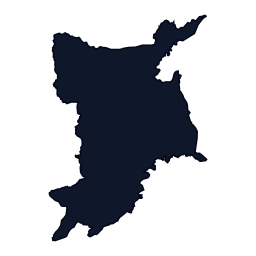 the district of Phunphin, Surat Thani, Thailand
{"feature_id": "78962969B67039244737250", "entity_name": "Phunphin", "entity_type": "district", "adm_level": 2, "iso_a3": "THA", "parent_name": "Thailand", "parent_adm1": "Surat Thani", "projection": "mercator", "projection_center": [99.13, 9.024], "detail": "fine", "context": "isolated", "style": "filled", "palette": "ink", "viewbox_px": 256, "rotation_deg": 0, "n_neighbors": 0, "source": "geoboundaries", "source_scale": "gbopen_adm2", "svg_char_len": 5696}
<svg xmlns="http://www.w3.org/2000/svg" viewBox="0 0 256 256"><path d="M205.7,160.6L206.6,159.3L201.0,154.3L199.9,154.3L199.7,153.3L197.4,153.4L195.0,152.2L197.0,138.5L197.2,131.3L195.4,127.8L192.8,124.7L191.6,124.2L191.4,122.3L190.6,122.2L188.5,115.5L188.5,114.6L189.9,112.7L187.7,110.1L187.3,105.1L186.7,102.7L183.5,97.7L183.2,96.2L181.0,92.2L179.5,90.5L179.5,88.1L178.8,83.7L179.6,82.5L179.1,79.2L179.3,78.3L180.0,78.2L180.0,76.8L180.9,76.3L180.9,75.3L179.4,75.1L178.2,73.7L178.2,71.1L176.6,71.3L175.3,72.1L174.2,73.7L172.9,79.0L171.6,81.2L169.7,82.0L165.8,81.9L162.9,82.7L162.1,82.5L160.2,80.3L159.3,79.9L156.8,80.5L156.4,79.4L154.9,78.3L154.3,77.1L154.8,76.1L157.4,74.1L159.9,70.3L159.2,69.4L156.8,69.1L155.7,67.8L155.6,66.5L158.8,64.0L159.2,61.4L161.3,59.8L161.4,57.7L162.8,57.1L163.7,56.0L165.1,55.9L165.3,54.9L164.7,53.3L167.7,52.9L167.5,55.2L168.1,55.6L168.8,55.3L169.6,54.0L168.6,50.9L169.1,50.4L171.3,50.7L171.5,50.3L170.4,48.0L172.2,46.1L172.6,44.0L176.2,44.9L176.6,44.5L176.6,42.0L177.9,40.8L179.5,40.1L182.8,40.7L194.4,33.5L198.0,24.8L202.5,18.9L203.8,17.7L206.0,16.5L205.6,15.6L204.9,15.4L203.4,15.7L201.9,17.4L201.7,16.4L199.4,16.8L196.2,20.5L195.4,20.9L193.5,19.9L192.1,19.9L190.9,22.7L189.4,23.2L187.9,22.6L183.2,27.8L181.6,27.5L180.8,28.4L180.2,28.0L179.1,29.2L178.4,29.4L176.0,28.4L174.9,24.9L173.6,24.9L173.9,24.0L173.7,21.8L172.7,23.3L171.7,22.9L169.2,23.9L169.3,22.6L168.2,21.2L166.5,20.3L164.7,20.9L163.2,22.7L162.1,23.0L162.2,23.5L161.2,23.5L161.2,24.2L160.3,25.1L160.2,26.4L159.6,26.8L159.2,26.6L159.4,27.6L157.2,30.5L155.5,34.4L154.5,34.0L153.9,34.6L153.5,37.6L154.1,37.7L154.1,38.5L156.0,38.8L155.2,42.7L154.4,44.5L151.5,45.2L142.4,45.2L135.5,47.2L128.6,47.5L122.9,48.5L122.1,49.1L121.4,49.0L119.8,49.5L111.0,49.5L106.1,47.8L102.3,47.4L100.7,46.7L99.2,47.3L97.9,48.6L95.9,48.7L94.4,48.1L93.8,46.8L92.9,46.7L91.7,47.2L89.3,46.9L89.0,46.2L88.6,46.3L88.6,45.9L87.4,44.7L86.6,42.5L85.9,42.9L85.6,42.4L84.0,42.7L82.7,42.2L82.1,41.3L81.4,41.2L80.3,38.7L79.5,38.4L78.9,37.4L77.7,37.9L76.1,37.8L73.3,37.0L72.1,36.1L69.9,36.4L68.8,34.6L65.0,32.9L62.1,34.7L59.1,33.3L54.5,34.9L53.9,36.1L54.3,37.4L54.3,39.9L53.3,40.7L54.3,43.0L55.3,44.2L53.7,45.7L53.9,46.5L52.6,47.8L53.0,49.7L52.5,50.4L53.6,53.4L53.3,57.0L54.1,57.8L54.3,60.2L54.9,60.3L55.1,61.4L54.9,65.1L55.5,67.1L55.0,68.1L54.9,70.4L55.8,72.3L56.9,73.4L58.1,76.1L57.5,76.8L57.8,77.4L57.4,79.2L56.7,80.0L55.9,80.2L55.0,82.7L54.0,83.1L54.2,84.0L53.7,84.4L54.2,84.7L53.8,85.4L54.1,86.5L55.4,86.8L56.1,88.2L56.3,87.9L57.3,88.6L57.1,94.3L57.8,95.4L57.6,95.8L59.0,96.2L60.9,98.6L60.8,99.2L61.5,99.3L62.3,100.3L62.5,101.8L63.8,102.4L64.4,101.9L64.5,102.3L65.5,102.2L66.7,103.6L71.6,102.0L76.9,102.1L78.6,102.9L77.6,104.0L77.1,106.7L77.7,113.1L78.9,114.1L80.4,114.2L81.1,115.4L79.8,116.8L79.4,118.9L77.8,121.1L78.0,122.1L79.1,123.0L79.1,124.5L75.3,127.0L76.0,128.1L75.7,129.5L76.2,129.7L75.8,130.4L75.8,131.0L76.2,131.2L75.8,132.2L76.2,132.7L75.6,133.7L77.8,136.2L80.0,136.9L79.9,137.3L81.3,138.2L82.4,141.5L82.1,143.0L82.5,144.0L82.1,144.8L82.3,145.6L80.9,147.3L81.4,148.0L80.9,148.3L81.2,150.1L80.0,151.7L80.5,152.8L80.4,154.8L79.1,155.4L78.2,155.2L77.4,155.8L76.3,155.8L75.6,155.4L75.4,156.3L75.8,157.1L79.4,158.5L79.3,161.6L79.8,162.9L81.2,164.4L80.4,166.4L80.3,169.4L80.9,170.4L80.4,171.4L81.0,173.1L82.9,176.1L83.5,176.7L85.1,176.8L85.7,177.8L85.1,178.6L84.3,178.6L84.2,179.2L82.8,179.0L79.9,179.8L79.2,180.5L79.2,181.2L78.5,181.4L77.9,183.1L77.0,183.0L76.5,184.0L72.0,186.3L71.6,187.4L71.0,187.2L70.2,187.5L69.7,187.1L68.5,187.6L67.4,186.5L66.9,186.5L61.2,188.2L59.7,189.1L57.9,189.0L53.4,190.7L51.5,190.7L50.7,192.0L49.4,192.8L49.4,194.2L50.2,196.0L55.3,200.4L58.8,201.7L61.3,205.9L64.1,206.3L65.8,206.1L66.6,206.7L67.0,207.9L66.2,214.7L64.7,217.1L61.6,220.4L60.8,225.5L58.2,229.6L55.7,232.1L53.8,234.9L53.6,237.3L52.5,237.7L52.8,240.3L55.1,240.6L64.9,237.2L66.7,236.1L67.7,233.4L69.9,229.8L72.3,227.7L73.8,227.3L76.2,223.0L77.7,221.8L79.4,221.8L80.4,223.0L82.4,222.8L82.7,224.1L83.4,224.6L88.7,224.9L89.3,227.1L91.1,227.2L91.8,227.8L91.9,228.6L90.1,229.6L89.1,230.9L88.7,232.0L89.3,232.9L87.9,234.8L88.3,235.7L89.5,236.5L90.7,236.5L90.9,235.9L91.6,236.0L94.8,234.1L96.4,234.4L97.2,234.0L102.3,228.8L102.5,227.6L103.9,226.4L109.3,224.7L110.4,223.8L112.9,223.6L116.0,221.5L117.5,220.9L118.1,220.3L118.3,219.2L120.9,216.1L121.6,216.1L122.3,215.1L123.5,214.6L123.8,213.7L124.9,213.4L125.7,212.2L127.3,211.4L129.4,212.5L131.1,212.8L131.6,212.1L131.3,210.7L132.5,209.9L133.6,206.4L134.5,206.1L134.2,205.1L133.3,204.9L134.0,204.2L134.0,203.8L133.5,203.8L133.6,203.3L135.6,200.9L137.3,199.9L138.5,198.5L139.8,198.0L141.7,198.3L142.2,197.6L141.7,196.8L139.5,197.1L138.9,196.5L139.5,195.8L141.7,195.4L141.8,194.8L140.0,195.0L137.8,193.8L138.4,192.9L140.8,191.3L143.7,189.9L142.3,185.7L139.6,183.6L139.7,182.6L140.5,181.2L142.9,179.2L147.9,177.7L149.4,175.8L149.4,174.5L148.2,173.0L146.2,172.2L143.9,172.2L143.8,171.6L147.2,169.9L148.3,168.4L149.2,168.0L151.2,168.2L154.1,170.0L154.9,169.9L155.3,169.2L155.1,165.6L154.6,165.1L152.9,165.0L152.5,164.1L155.0,162.4L155.0,161.3L154.2,160.2L156.8,158.7L157.7,158.3L161.7,159.2L162.7,160.1L163.7,159.8L163.8,159.3L163.1,159.0L163.4,158.3L165.4,156.1L166.2,155.8L165.2,156.8L165.8,157.4L165.2,160.6L167.5,162.7L169.3,160.5L169.4,158.5L169.9,158.5L170.7,157.2L172.1,157.1L172.4,155.9L173.3,155.4L174.6,155.1L174.8,156.1L178.1,157.4L178.3,156.3L178.9,156.5L181.7,154.7L183.6,154.6L183.9,154.0L184.7,153.9L185.6,154.4L185.7,155.8L187.0,156.2L187.6,155.4L188.8,155.6L189.6,155.0L190.2,155.6L190.4,155.1L191.0,155.2L191.2,154.7L191.9,154.5L194.7,158.0L195.7,158.1L195.8,158.5L196.5,158.3L196.4,158.9L196.8,158.7L200.0,161.3L205.7,160.6Z" fill="#0f172a" stroke="#020617" stroke-width="1.5"/></svg>